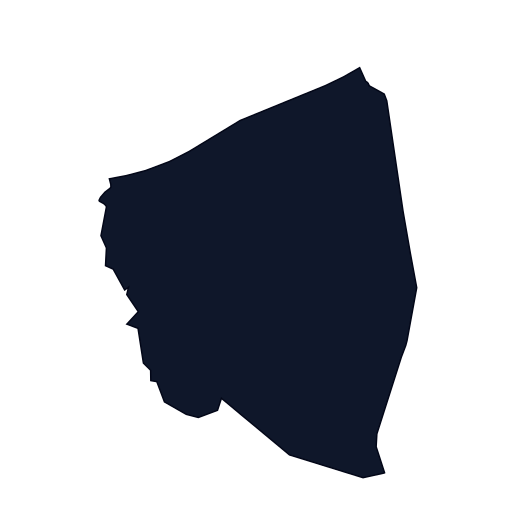 the district of Onslow, United States of America, rotated 189°
{"feature_id": "52423323B38780973615632", "entity_name": "Onslow", "entity_type": "district", "adm_level": 2, "iso_a3": "USA", "parent_name": "United States of America", "parent_adm1": "", "projection": "equal_earth", "projection_center": [-77.351, 34.712], "detail": "fine", "context": "isolated", "style": "filled", "palette": "ink", "viewbox_px": 512, "rotation_deg": 189, "n_neighbors": 0, "source": "geoboundaries", "source_scale": "gbopen_adm2", "svg_char_len": 1037}
<svg xmlns="http://www.w3.org/2000/svg" viewBox="0 0 512 512"><g transform="rotate(189 256 256)"><path d="M95.5,61.7L95.1,62.0L107.5,86.4L108.8,99.2L96.6,179.1L94.1,191.1L93.6,195.9L92.4,245.8L92.3,249.8L103.5,281.5L104.0,282.9L114.5,313.6L114.8,314.5L117.8,323.3L151.1,429.7L154.7,436.0L171.0,441.9L171.0,442.4L171.7,443.0L172.1,444.0L173.7,445.2L174.9,445.6L183.1,458.2L197.7,446.5L214.0,435.2L292.8,387.4L338.5,348.7L356.3,335.7L374.9,325.1L378.4,323.1L396.9,315.0L412.9,309.3L410.6,304.0L410.1,301.5L410.3,300.8L411.1,299.7L415.1,295.5L418.7,289.7L419.0,288.8L419.7,286.5L419.6,286.1L419.2,285.6L414.7,284.0L413.1,283.0L411.4,281.4L412.3,251.8L405.0,240.6L403.1,222.9L395.0,220.7L380.4,201.9L377.0,205.3L377.6,197.7L363.5,182.6L372.9,168.5L361.2,166.1L350.7,133.4L350.6,133.2L350.4,133.1L350.4,132.8L350.4,132.6L342.2,126.7L340.4,116.5L334.3,116.4L323.6,97.6L300.1,88.7L287.7,87.5L269.9,97.6L267.9,110.1L248.6,98.6L246.5,97.3L233.8,89.8L191.8,64.8L115.6,53.8L95.5,61.7Z" fill="#0f172a" stroke="#020617" stroke-width="1.5"/></g></svg>